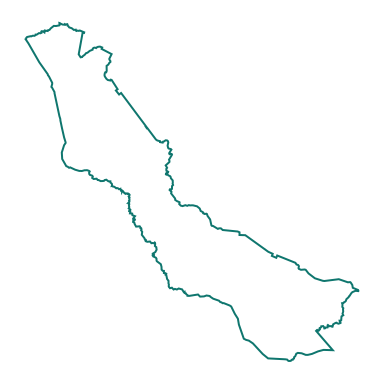 Kajiado East, Rift Valley, Kenya (Albers equal-area conic projection)
{"feature_id": "3690345B56316730609732", "entity_name": "Kajiado East", "entity_type": "district", "adm_level": 2, "iso_a3": "KEN", "parent_name": "Kenya", "parent_adm1": "Rift Valley", "projection": "albers", "projection_center": [37.165, -1.892], "detail": "fine", "context": "isolated", "style": "outline", "palette": "teal", "viewbox_px": 384, "rotation_deg": 0, "n_neighbors": 0, "source": "geoboundaries", "source_scale": "gbopen_adm2", "svg_char_len": 5906}
<svg xmlns="http://www.w3.org/2000/svg" viewBox="0 0 384 384"><path d="M178.7,288.5L182.1,289.4L183.7,292.0L184.6,291.7L184.7,293.1L185.8,293.3L186.2,294.2L187.5,295.1L187.5,295.8L189.2,295.9L198.0,294.5L200.1,296.6L204.0,296.4L206.5,295.5L209.7,296.0L210.4,296.8L213.2,298.7L219.0,300.7L220.3,302.1L221.4,302.3L222.6,303.2L223.7,303.1L229.7,305.5L231.2,306.5L234.8,313.8L237.9,318.7L238.9,324.6L243.8,338.7L246.1,339.9L248.8,340.6L252.9,343.4L262.7,354.0L268.1,358.4L285.3,359.3L287.2,359.6L288.0,360.6L288.9,361.0L290.5,360.9L291.3,360.5L291.6,359.8L292.8,359.7L293.0,359.1L294.0,358.5L294.1,357.2L295.2,356.3L296.3,353.7L297.9,352.9L301.7,353.3L305.8,354.9L307.7,354.9L312.0,353.9L318.0,351.4L323.5,349.9L332.8,350.2L316.1,330.9L316.8,330.2L317.3,330.6L317.8,330.1L318.4,330.8L318.7,330.7L319.9,329.3L319.5,328.3L319.7,328.0L320.7,327.6L321.3,326.9L321.3,326.3L323.2,326.1L324.1,327.2L324.3,328.4L324.7,328.4L325.3,328.2L325.9,327.4L327.6,327.4L328.0,326.3L327.6,325.3L327.9,325.0L329.4,326.2L331.5,326.1L331.8,326.6L332.5,326.7L333.2,324.3L335.6,322.9L336.6,322.7L337.2,323.3L338.6,323.7L340.5,323.0L340.5,322.2L339.8,321.6L339.6,320.7L340.2,320.7L341.2,320.2L341.5,316.4L343.3,315.2L342.5,313.8L343.2,311.6L343.0,309.1L343.3,308.2L342.3,306.9L342.5,304.6L342.1,303.2L343.5,303.0L343.8,302.4L345.0,301.8L345.8,301.0L346.4,299.2L348.7,297.1L348.9,296.4L349.5,296.0L351.3,293.2L352.4,292.1L355.5,290.8L358.3,291.1L358.4,290.9L358.1,290.0L352.8,287.8L352.3,285.0L350.7,282.5L350.1,282.1L347.9,282.3L338.8,279.2L324.4,281.0L322.8,280.8L314.9,278.3L308.5,273.4L305.7,269.8L304.6,269.5L301.0,269.8L298.9,268.9L298.5,268.1L298.9,266.5L298.8,265.9L298.1,265.0L296.5,264.5L295.4,262.8L277.2,255.5L276.3,257.8L271.9,255.9L272.7,253.8L268.3,251.8L245.3,235.2L239.5,235.0L239.5,232.3L237.7,231.5L222.7,230.0L220.8,228.3L219.1,228.3L217.9,228.9L213.1,226.0L211.8,225.8L211.4,225.3L210.1,219.4L207.6,216.0L206.9,214.0L206.4,213.7L204.7,214.0L203.4,213.4L203.6,213.1L202.8,212.1L200.7,211.0L199.7,208.5L197.0,206.3L192.9,205.3L189.9,205.4L188.9,205.1L187.3,205.8L185.3,205.2L182.6,206.1L180.7,205.6L179.2,204.0L179.6,202.9L179.5,202.2L177.1,201.2L175.2,199.9L175.1,198.5L171.1,193.4L171.5,191.9L169.6,190.0L170.1,189.2L171.3,189.6L172.0,188.8L172.0,186.1L173.1,185.0L172.6,183.7L172.8,182.8L172.7,180.4L170.9,178.3L170.5,176.6L170.0,176.1L168.4,175.4L167.6,174.6L166.4,174.7L165.9,174.3L166.0,173.5L166.7,172.9L168.0,172.5L168.2,171.8L166.4,170.7L166.3,168.9L167.1,167.8L165.7,165.4L169.4,162.0L169.5,161.0L169.0,159.7L172.0,154.7L171.7,154.0L170.9,153.8L169.7,154.2L169.2,153.7L169.3,152.9L171.4,149.6L170.9,149.1L168.6,148.5L168.1,147.8L167.6,145.7L168.3,142.4L167.9,141.1L167.0,140.4L165.6,140.3L163.7,141.6L163.0,141.7L162.7,142.6L160.0,142.1L160.0,141.2L157.3,140.5L155.9,139.5L147.2,127.9L146.8,128.2L145.6,126.4L145.9,126.2L121.1,93.0L119.1,94.5L115.9,90.5L117.6,89.2L111.6,79.9L110.7,79.7L110.3,80.5L107.8,80.0L106.4,78.8L104.8,76.4L104.5,75.1L104.8,73.2L105.4,72.2L106.2,72.3L106.7,70.9L106.6,65.9L108.4,64.5L109.2,63.0L110.4,62.0L110.4,61.1L109.4,59.6L109.3,58.8L111.6,54.1L101.6,48.9L102.2,47.5L100.0,46.6L98.1,46.8L96.9,47.3L96.1,48.1L94.9,47.6L93.5,47.9L92.7,48.8L92.6,49.7L89.7,50.9L87.5,52.7L86.0,53.2L84.9,54.6L82.4,56.5L82.2,57.0L80.6,57.3L78.7,54.3L82.6,32.8L84.0,33.0L84.2,32.3L79.8,30.5L78.9,30.9L77.6,30.6L76.5,31.0L75.9,30.6L75.8,29.7L73.8,29.9L71.7,28.2L69.2,27.4L68.3,26.1L67.6,25.7L67.5,24.4L67.2,24.1L65.8,24.6L65.0,24.2L64.9,24.8L62.3,24.5L61.2,23.9L60.3,23.8L60.0,23.2L59.4,23.0L59.6,25.1L59.3,25.4L56.0,26.0L53.8,25.9L50.7,28.4L49.5,29.9L47.9,30.3L47.7,31.0L45.4,30.6L45.6,31.1L44.5,31.5L44.4,32.4L43.7,31.9L43.7,31.2L42.9,31.2L42.1,31.8L41.6,31.3L41.3,31.5L41.5,32.8L40.3,33.3L39.0,33.1L36.6,34.7L35.6,34.6L35.5,35.1L34.6,35.8L32.8,35.7L31.1,36.4L30.6,36.2L27.1,37.0L26.3,37.8L26.2,38.8L25.6,39.2L28.5,43.5L39.3,62.3L47.8,74.3L47.9,75.1L49.0,76.5L52.2,82.8L52.2,84.0L51.4,86.9L52.0,87.5L54.5,92.1L54.5,93.1L59.4,116.1L60.3,119.0L60.4,120.5L62.0,128.2L64.1,137.4L65.6,142.3L65.6,143.0L64.1,145.2L61.8,152.5L62.2,159.0L66.3,166.2L67.5,166.6L69.1,167.8L70.2,167.4L75.1,169.7L79.2,170.9L81.9,171.0L84.4,170.3L87.1,170.2L88.9,170.8L89.7,171.4L89.1,172.7L89.3,174.1L89.8,174.8L92.3,175.7L92.8,176.5L92.2,177.9L93.7,179.0L96.6,178.7L97.7,180.0L98.5,180.0L100.7,181.1L103.2,181.0L104.2,180.7L104.6,180.1L106.3,179.7L108.4,181.3L110.4,181.3L110.4,182.5L111.8,183.7L112.1,185.2L111.8,186.0L112.4,185.9L113.0,186.6L114.4,186.8L116.2,188.3L116.9,188.0L118.0,188.3L119.0,189.2L120.3,188.8L120.3,189.4L121.2,189.8L120.9,190.3L121.1,190.9L122.1,191.0L122.1,191.6L122.5,190.9L122.8,191.0L124.5,193.2L125.5,193.8L126.0,193.3L127.5,194.0L128.1,194.1L128.2,193.6L128.8,193.9L129.6,194.8L129.3,196.0L128.7,196.4L129.5,197.7L129.1,198.0L129.5,199.8L129.4,200.7L129.1,200.8L129.4,201.7L128.3,202.9L128.6,202.9L128.7,203.6L129.1,203.5L129.3,204.2L128.9,205.9L129.3,207.0L129.0,207.8L129.4,208.5L129.1,208.6L130.4,209.8L130.2,210.4L129.3,210.5L129.1,211.2L130.4,212.1L130.0,213.4L132.2,213.6L132.4,215.2L135.0,216.2L133.1,218.6L133.2,219.2L134.5,219.1L134.9,219.4L134.6,220.3L133.2,221.1L133.1,222.0L134.4,222.8L134.7,224.1L136.1,226.6L139.7,226.3L140.2,227.0L140.4,228.1L141.2,228.2L141.5,229.3L141.1,230.2L142.2,231.8L141.8,234.8L144.4,238.1L144.7,239.1L145.8,239.8L145.9,240.1L145.4,240.6L145.7,241.2L147.3,241.8L150.0,241.5L151.4,243.2L152.7,243.0L153.9,243.3L154.7,242.5L155.0,242.8L155.2,243.9L154.9,246.0L156.3,247.2L156.6,249.7L155.3,252.1L153.0,253.5L153.7,254.2L152.6,255.0L152.6,255.5L153.2,256.3L154.0,255.9L154.2,256.9L155.9,257.7L156.5,258.7L156.5,260.3L156.8,261.2L160.8,264.2L161.5,266.8L161.6,269.6L162.7,270.8L163.9,270.9L163.9,273.0L165.5,273.2L166.1,273.7L165.5,274.2L165.5,274.8L166.3,275.1L167.1,279.0L168.5,280.8L168.5,283.4L168.9,284.5L168.7,286.2L169.0,287.0L170.0,288.2L171.9,287.7L173.6,289.5L174.9,288.9L176.9,289.5L178.7,288.5Z" fill="none" stroke="#0f766e" stroke-width="2"/></svg>